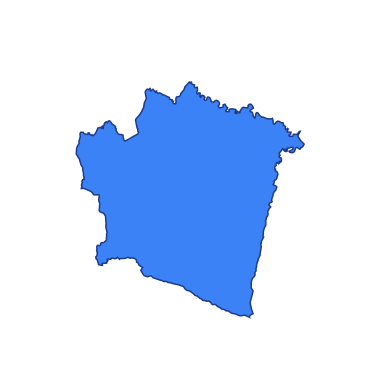 the district of Purbalingga, Jawa Tengah, Indonesia, rotated 219°
{"feature_id": "22746128B86887436396051", "entity_name": "Purbalingga", "entity_type": "district", "adm_level": 2, "iso_a3": "IDN", "parent_name": "Indonesia", "parent_adm1": "Jawa Tengah", "projection": "albers", "projection_center": [109.403, -7.327], "detail": "fine", "context": "isolated", "style": "filled", "palette": "blue", "viewbox_px": 384, "rotation_deg": 219, "n_neighbors": 0, "source": "geoboundaries", "source_scale": "gbopen_adm2", "svg_char_len": 6076}
<svg xmlns="http://www.w3.org/2000/svg" viewBox="0 0 384 384"><g transform="rotate(219 192 192)"><path d="M284.5,134.5L283.6,133.9L284.7,132.7L284.3,131.0L282.9,129.9L282.7,128.6L281.8,127.4L281.2,127.4L280.2,125.0L278.8,126.4L277.6,127.0L271.5,128.7L269.5,128.8L267.1,128.1L266.2,128.2L262.6,131.2L261.0,130.0L260.7,128.9L259.7,127.3L258.3,126.0L256.6,125.2L252.4,119.1L250.9,118.7L248.3,119.6L246.6,119.7L244.0,118.8L239.2,113.7L236.9,110.5L232.4,107.0L231.7,105.3L230.1,103.5L229.7,102.3L228.6,101.5L228.3,100.2L228.7,97.2L230.3,95.8L230.6,95.0L230.4,94.1L229.7,93.5L229.7,92.9L230.1,92.2L231.9,91.1L231.5,89.4L229.5,87.3L229.4,86.7L228.1,85.6L227.9,85.7L227.0,85.1L226.9,84.3L225.8,82.9L225.9,80.8L225.3,80.6L224.6,79.7L223.1,79.8L220.8,78.0L220.1,78.0L219.2,76.9L218.6,76.8L215.4,78.6L216.8,79.9L213.6,83.0L214.1,83.7L214.0,85.5L214.5,85.9L215.4,85.9L215.5,86.4L214.9,87.2L212.7,88.6L213.0,89.5L212.5,90.3L211.6,91.1L210.5,91.2L209.1,92.6L208.8,94.4L206.0,94.1L206.1,94.9L202.2,98.3L200.9,100.8L198.2,101.7L197.7,102.6L195.3,104.1L192.9,104.4L190.8,102.6L189.3,103.0L187.1,101.8L183.0,102.3L182.4,98.8L177.2,97.0L176.3,97.0L174.4,97.6L173.0,98.3L172.0,100.3L170.8,101.1L168.3,100.9L161.2,103.5L159.4,104.5L158.4,104.4L156.8,105.2L156.1,106.0L154.3,106.7L153.5,106.6L152.2,107.8L150.8,108.0L150.3,108.6L149.2,108.8L143.6,111.6L139.3,113.1L138.3,113.0L136.8,112.3L134.2,112.3L131.8,113.5L128.9,113.8L125.5,113.8L124.8,113.5L122.2,114.5L119.1,114.3L116.8,114.9L115.7,114.5L114.9,114.8L114.1,115.8L113.4,115.7L112.0,116.3L110.3,117.8L107.7,118.0L106.5,117.4L105.2,117.4L103.5,119.1L101.7,119.4L100.3,119.0L97.8,119.7L95.6,119.6L94.3,120.1L93.3,120.9L90.5,121.2L89.0,122.4L85.6,122.6L84.4,123.0L81.8,124.4L77.5,125.7L76.0,126.6L73.6,129.5L68.5,130.8L69.0,131.1L69.2,132.8L68.8,134.4L67.9,135.8L71.4,137.9L76.1,141.6L77.6,143.4L82.2,153.5L85.7,154.7L89.4,159.6L90.7,162.8L90.4,165.7L90.9,167.4L92.5,169.0L92.6,171.0L94.2,172.9L94.9,174.7L95.9,175.9L97.3,179.2L97.5,180.4L98.1,181.0L99.4,185.9L100.0,186.5L103.8,193.2L105.8,194.8L105.9,195.9L107.1,197.6L107.9,201.9L108.2,201.7L109.1,202.6L111.9,206.6L113.4,210.2L113.6,212.3L115.9,215.4L116.7,215.9L117.4,218.1L118.0,218.7L118.2,220.9L119.1,222.9L120.4,223.8L121.2,225.4L121.1,226.4L121.6,227.2L121.4,229.9L124.5,230.5L124.6,232.6L123.8,233.9L123.7,235.0L125.0,235.6L127.9,242.5L128.3,244.2L128.0,246.0L129.2,249.1L129.6,249.5L133.7,248.9L133.8,250.4L135.1,252.8L134.6,254.6L134.6,255.6L136.5,260.0L138.3,261.1L140.3,261.3L140.5,261.0L141.5,262.2L142.0,261.9L143.5,263.3L143.3,265.8L144.6,266.8L144.6,268.4L144.1,268.7L144.0,268.4L142.4,268.4L142.4,269.7L143.2,269.7L143.1,271.1L141.9,271.1L142.0,272.2L143.2,273.9L144.1,274.5L145.5,273.9L146.3,274.2L147.0,274.7L146.5,275.8L148.6,276.9L148.6,282.8L147.4,282.6L146.7,283.1L146.6,282.1L145.1,282.2L144.5,282.5L144.1,283.2L146.0,284.1L145.3,284.6L144.4,284.4L145.6,286.1L144.7,286.4L143.2,289.0L141.9,290.2L141.0,289.7L140.6,288.1L142.2,284.7L140.8,284.4L138.7,285.7L138.0,287.1L137.9,288.1L139.2,291.9L138.5,292.8L135.3,293.0L134.9,293.5L135.3,295.0L134.7,296.0L134.5,297.8L135.0,299.8L140.0,300.3L144.4,301.8L145.3,303.0L146.1,307.2L146.7,306.5L146.6,302.9L149.5,300.7L148.8,298.5L151.5,296.6L152.3,297.0L151.8,299.0L152.7,300.8L155.6,298.6L156.1,299.0L156.9,301.5L157.7,301.6L158.0,299.9L158.5,299.6L159.7,300.4L160.5,301.7L162.8,301.5L164.5,303.0L166.6,302.0L168.6,301.7L169.9,301.1L170.6,299.2L170.5,296.7L171.1,296.3L172.5,296.8L174.1,298.7L175.9,299.8L176.9,298.2L179.7,296.2L183.8,295.0L185.1,294.0L188.0,294.1L190.2,294.9L191.3,294.8L191.8,293.8L191.7,293.1L189.6,289.5L190.3,289.0L191.4,289.1L195.2,291.9L197.2,291.2L198.0,291.5L198.2,292.2L197.1,296.0L199.5,297.1L201.8,297.2L202.7,296.1L202.9,294.6L201.6,292.8L201.8,292.2L205.3,290.2L206.0,289.3L205.5,284.8L204.7,283.8L204.8,283.4L205.5,283.1L207.3,283.5L208.0,283.1L208.1,282.5L206.6,281.3L207.8,280.4L208.6,280.6L209.3,283.1L209.9,283.7L213.1,281.9L214.6,280.5L215.1,279.2L213.9,278.1L214.0,277.5L216.0,276.1L216.7,276.1L217.0,276.5L216.9,278.7L217.5,280.0L218.9,279.9L221.6,281.0L222.7,279.4L221.4,277.9L221.5,277.1L223.6,274.7L225.5,275.0L226.0,277.7L226.8,278.5L228.1,279.0L229.5,279.0L230.7,278.6L231.3,277.7L231.8,275.2L233.5,274.4L234.0,274.3L235.3,275.4L237.1,276.3L238.2,276.3L239.4,275.9L239.6,275.2L238.6,272.5L239.1,271.6L240.0,271.3L240.8,271.5L241.6,273.8L243.3,274.2L244.5,273.9L245.6,272.8L244.4,271.8L244.8,271.1L245.8,271.0L246.5,271.5L247.6,273.6L248.1,274.0L249.3,273.0L249.4,271.7L250.1,271.6L251.0,272.4L252.0,274.9L253.8,276.7L255.6,274.8L256.5,275.3L257.4,276.8L259.9,275.7L261.6,277.1L262.1,276.6L262.2,275.5L263.3,275.7L263.7,269.2L262.5,266.1L262.7,262.4L262.6,261.2L262.0,260.5L261.9,259.0L262.1,258.1L263.6,256.5L263.8,255.6L263.0,254.0L261.3,252.2L260.2,250.4L260.8,249.7L261.5,249.3L262.8,249.3L263.5,249.9L263.6,250.9L264.8,250.2L265.5,251.2L267.7,250.0L269.0,251.1L269.8,251.2L270.6,250.5L271.4,250.6L274.8,249.7L276.0,249.1L278.0,249.1L279.7,248.6L280.6,247.1L282.0,247.3L283.0,248.2L283.5,247.7L283.4,246.5L287.0,247.3L287.5,244.6L288.2,244.7L289.1,245.9L289.8,246.1L290.1,244.2L291.3,244.0L291.7,243.0L291.6,241.1L291.1,240.0L286.3,235.9L285.0,230.9L282.7,227.2L282.2,224.1L281.8,223.5L281.3,218.8L281.5,213.5L281.1,212.3L274.9,207.1L274.1,207.1L272.5,205.2L271.2,204.8L270.6,203.1L275.7,190.2L276.7,189.4L277.4,189.4L280.5,191.7L281.3,192.8L282.9,192.3L284.7,191.0L286.3,190.7L289.9,192.1L290.7,193.4L291.9,193.6L292.5,194.6L295.2,194.8L296.5,194.4L298.1,195.1L301.0,195.5L301.7,194.2L301.3,192.7L302.9,192.6L303.3,190.2L302.3,188.8L303.1,186.8L303.1,185.7L302.6,185.4L302.0,186.6L301.4,186.4L300.9,185.6L302.4,184.6L304.0,184.4L305.4,182.4L304.1,178.1L304.2,177.2L303.8,176.5L304.3,173.6L304.7,173.2L305.8,173.6L306.0,172.7L308.0,172.4L308.6,173.2L309.2,173.1L309.9,172.6L309.3,171.4L309.7,170.7L312.6,169.4L314.2,169.9L316.1,168.3L315.8,166.9L313.5,164.4L311.9,160.5L310.4,158.8L309.9,155.4L309.0,153.1L305.8,148.6L300.3,146.7L295.2,143.2L292.3,142.2L291.1,140.7L287.7,137.9L286.6,136.4L285.3,135.6L284.5,134.5Z" fill="#3b82f6" stroke="#1e3a8a" stroke-width="1.5"/></g></svg>